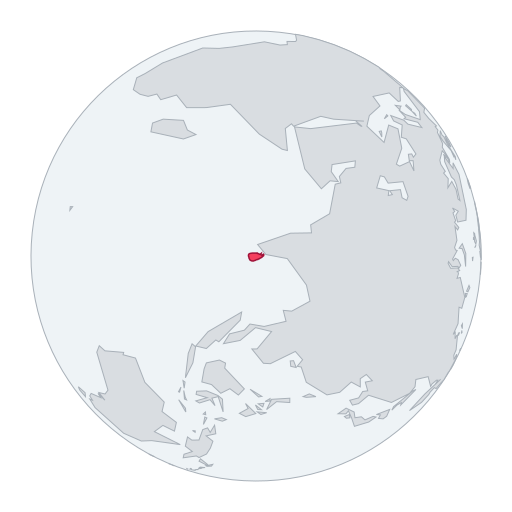 Sri Lanka highlighted on a globe, orthographic projection, rotated 96°
{"feature_id": "LKA", "entity_name": "Sri Lanka", "entity_type": "country or territory", "adm_level": 0, "iso_a3": "LKA", "parent_name": "Asia", "parent_adm1": "", "projection": "orthographic", "projection_center": [80.512, 7.881], "detail": "fine", "context": "on_globe", "style": "filled", "palette": "rose", "viewbox_px": 512, "rotation_deg": 96, "n_neighbors": 0, "source": "natural_earth", "source_scale": "50m", "svg_char_len": 9267}
<svg xmlns="http://www.w3.org/2000/svg" viewBox="0 0 512 512"><g transform="rotate(96 256 256)"><circle cx="256" cy="256" r="225" fill="#eef3f6" stroke="#a8b0b8"/><path d="M348.9,50.8L345.6,49.6L350.0,51.6L335.8,45.9L343.3,48.4L342.7,48.1L344.6,48.9L345.6,49.3L348.5,50.6L348.9,50.8ZM328.4,43.2L326.3,42.7L326.8,42.6L328.4,43.2ZM55.3,153.6L73.5,127.1L73.3,130.7L86.7,128.6L87.4,130.7L79.9,140.6L85.1,156.3L93.8,148.4L104.5,158.0L115.3,159.3L129.7,140.5L111.9,137.7L114.7,128.1L133.6,122.3L150.0,126.0L151.6,122.5L146.1,113.2L154.9,107.8L144.8,109.7L145.2,113.5L138.9,115.1L138.2,111.8L141.3,109.8L137.8,107.6L123.8,118.8L122.7,123.9L110.4,124.3L107.3,133.2L102.2,136.7L105.5,123.2L109.0,118.7L110.9,104.5L106.1,109.1L104.0,123.1L102.4,121.7L95.9,129.2L99.6,122.4L103.2,106.9L95.4,108.5L76.8,125.9L74.1,126.8L75.8,122.4L91.3,103.8L95.6,104.1L101.2,98.5L107.8,90.1L108.6,91.3L111.8,88.2L114.1,88.5L124.8,82.1L128.4,82.1L139.7,73.8L143.0,73.0L135.4,77.9L131.9,81.8L141.5,83.2L145.5,81.8L152.1,76.6L153.9,78.1L159.0,72.9L168.1,72.3L161.4,69.1L168.9,64.0L178.2,61.0L179.5,59.0L164.4,64.1L159.4,66.8L157.0,69.9L142.5,78.2L137.6,79.1L148.4,69.1L142.7,69.8L153.5,62.7L187.8,51.7L198.5,50.9L201.1,59.0L194.5,61.5L190.3,59.5L187.7,65.6L191.0,63.0L192.5,64.6L200.1,61.1L201.6,62.1L206.4,57.3L209.0,58.2L205.9,61.2L219.4,57.8L226.7,59.4L229.1,58.2L229.5,56.5L238.5,60.2L239.9,59.3L237.4,57.6L238.5,54.7L243.9,51.4L246.8,52.9L245.2,54.2L246.1,59.8L241.5,63.9L243.2,64.2L247.9,61.1L246.8,54.2L249.2,51.9L250.7,54.8L250.4,53.5L252.5,52.8L257.2,53.7L256.0,50.6L275.4,44.0L286.5,45.9L285.7,48.7L302.2,48.0L313.4,51.7L311.1,49.9L317.5,49.4L314.1,48.1L313.5,47.3L328.4,47.2L334.0,48.9L337.8,48.3L336.7,47.6L332.7,46.2L335.8,45.9L350.0,51.6L351.9,52.8L359.5,56.2L362.8,58.8L369.0,63.0L368.3,64.9L373.3,68.7L375.7,69.7L384.3,76.1L393.7,87.2L375.5,73.6L359.3,59.5L365.0,64.4L360.5,62.2L360.6,63.5L364.9,67.6L367.4,68.7L358.0,72.2L362.1,84.1L369.4,84.2L376.5,88.8L387.5,106.0L382.7,129.5L392.1,138.6L394.2,144.5L389.7,147.7L386.4,139.1L379.6,135.7L378.4,130.8L370.0,134.1L367.9,127.3L362.3,133.9L367.1,139.5L375.3,138.6L371.4,148.1L382.8,158.5L386.7,170.9L376.3,192.8L361.7,199.4L361.4,203.5L354.3,198.8L346.8,206.9L361.6,230.5L361.9,237.4L348.9,250.4L348.3,245.2L329.5,232.6L327.3,249.0L341.6,262.9L346.6,279.2L336.2,274.1L331.0,259.8L324.3,254.9L325.2,240.5L317.8,219.3L307.2,223.2L307.1,214.7L295.3,197.6L279.6,202.8L255.3,224.6L253.5,246.3L244.4,255.6L229.7,224.0L227.2,203.2L219.3,204.9L206.3,187.2L176.3,184.7L174.4,179.3L168.2,181.4L159.5,175.6L157.4,167.0L151.0,167.1L157.1,189.9L164.2,190.0L173.4,182.0L173.5,190.2L182.3,198.0L164.3,216.6L123.6,231.2L123.6,214.9L113.3,170.0L115.8,165.5L115.9,164.9L116.1,164.0L111.0,171.2L110.6,162.8L111.8,193.1L110.3,206.2L123.0,232.2L120.8,234.5L126.1,240.2L147.8,235.8L147.1,241.2L134.4,265.5L107.8,297.3L113.6,320.9L115.7,340.5L104.2,351.8L110.5,367.1L105.3,371.5L108.5,380.0L107.3,388.2L103.4,395.4L91.2,393.2L86.2,385.4L73.8,369.1L54.7,330.7L53.4,314.4L50.5,301.0L42.1,270.0L43.7,254.2L42.5,246.9L39.4,247.6L38.5,239.0L37.1,238.2L31.4,239.9L31.9,232.5L34.3,216.1L37.8,200.0L42.5,184.1L48.4,168.6L55.3,153.6ZM58.7,148.7L56.5,152.8L58.7,148.7ZM163.2,140.8L175.7,143.1L177.1,130.7L182.0,130.8L180.7,126.8L177.1,129.8L174.9,119.3L182.8,116.8L184.9,111.9L180.8,111.0L166.7,117.6L169.7,132.2L163.9,136.6L163.2,140.8ZM127.3,73.5L125.6,75.4L121.2,78.5L116.8,80.4L123.2,75.7L127.3,73.5ZM124.4,77.6L136.3,68.2L139.5,67.3L135.7,69.2L136.6,69.6L130.7,73.0L122.2,82.0L117.7,85.5L112.0,85.9L116.3,83.6L117.7,81.6L124.4,77.6ZM160.9,51.9L166.1,49.5L166.4,50.3L161.5,52.6L156.8,54.1L159.7,52.4L160.9,51.9ZM235.9,31.6L236.3,31.7L229.2,32.6L233.0,32.3L233.5,32.7L228.0,33.9L227.7,33.3L221.9,35.2L218.2,35.2L217.8,35.4L212.8,36.1L205.9,37.5L205.1,37.4L202.8,38.1L199.4,38.8L195.9,39.7L193.2,40.1L188.8,41.5L190.0,40.9L183.1,43.3L187.1,41.7L183.1,43.0L181.3,43.8L178.8,44.4L197.4,38.5L216.5,34.2L235.9,31.6ZM251.1,30.8L244.1,31.1L238.3,31.6L239.2,31.4L251.1,30.8ZM91.8,127.4L92.9,128.1L95.6,128.2L91.6,133.2L91.8,127.4ZM93.9,116.8L95.5,116.4L91.0,122.9L89.8,122.4L93.9,116.8ZM100.1,111.1L95.9,115.9L97.5,113.0L100.1,111.1ZM137.2,77.5L139.4,77.2L138.2,78.4L135.2,80.2L137.2,77.5ZM210.0,41.9L210.8,40.9L212.3,40.6L218.0,38.4L221.2,38.6L219.0,40.0L210.0,41.9ZM124.5,143.3L119.2,146.5L118.5,144.5L120.4,143.8L124.5,143.3ZM102.9,139.5L106.1,142.7L101.8,140.8L102.9,139.5ZM214.5,41.7L216.4,40.7L216.8,41.5L214.5,41.7ZM223.8,38.7L224.9,39.4L222.2,38.4L223.8,38.7ZM226.1,443.5L230.1,445.9L226.3,445.9L226.1,443.5ZM147.2,340.4L143.5,373.5L134.6,372.8L129.6,362.6L128.7,342.3L137.9,337.4L141.5,328.4L147.2,340.4ZM394.2,316.9L399.4,317.8L399.1,318.9L394.2,316.9ZM388.8,313.4L395.0,313.6L387.5,315.6L388.8,313.4ZM397.3,313.8L403.6,311.7L406.4,310.0L405.7,312.2L397.3,313.8ZM384.5,313.5L360.0,313.2L350.0,310.4L352.6,306.6L368.8,307.6L384.5,313.5ZM351.8,306.5L336.2,295.7L313.2,264.4L321.5,265.0L345.2,284.0L343.7,287.2L353.2,295.7L351.8,306.5ZM388.5,286.8L386.9,296.7L373.7,295.8L367.5,294.2L363.3,281.5L365.7,275.1L370.8,275.4L389.4,253.7L396.1,259.0L390.7,268.1L396.2,276.7L388.5,286.8ZM254.6,248.4L260.4,261.5L255.4,263.5L254.6,248.4ZM395.9,238.7L389.1,248.0L395.0,235.5L395.9,238.7ZM398.8,227.0L399.7,231.7L396.3,227.1L398.8,227.0ZM362.1,209.9L356.8,211.0L356.2,207.7L362.7,204.4L362.1,209.9ZM389.6,181.7L391.3,191.2L390.9,194.4L387.6,188.6L389.6,181.7ZM244.6,46.4L233.1,48.9L227.1,51.8L227.0,54.8L222.2,52.1L231.6,47.6L244.6,46.4ZM271.3,43.9L271.3,42.0L274.5,42.6L275.0,43.2L271.3,43.9ZM269.0,42.9L263.0,41.1L265.1,40.0L269.5,41.5L269.0,42.9ZM238.4,40.1L234.8,40.7L234.5,40.0L238.4,40.1ZM404.6,419.0L409.8,411.7L413.7,410.9L407.6,417.4L404.6,419.0ZM404.9,389.2L368.3,404.3L361.6,402.5L366.1,396.3L365.7,377.5L368.1,377.9L370.1,365.2L393.3,353.3L410.9,332.0L420.5,333.2L429.8,317.8L438.7,318.8L434.2,330.9L441.3,338.7L451.5,311.6L450.5,340.4L452.0,350.7L446.1,369.1L423.6,400.2L415.6,406.4L416.5,403.6L412.5,406.7L409.9,405.6L413.1,395.6L409.1,398.8L415.2,391.2L408.2,398.0L409.0,391.7L404.9,389.2ZM466.2,336.0L466.1,336.8L464.3,341.9L464.5,341.0L466.2,336.0ZM472.3,318.8L471.8,320.6L471.6,321.3L472.3,318.8ZM472.5,318.2L473.3,315.3L472.5,318.2L472.5,318.2ZM474.7,302.5L475.1,301.0L475.1,302.2L474.7,302.5ZM407.0,317.9L414.8,310.2L418.5,309.5L407.0,317.9ZM474.8,299.4L474.1,299.1L474.4,297.6L474.8,299.4ZM475.4,295.7L475.6,293.6L475.3,298.7L475.4,295.7ZM474.4,290.9L475.0,294.7L474.3,291.4L474.4,290.9ZM473.7,291.4L473.0,289.7L473.2,289.1L473.7,291.4ZM461.1,294.4L464.3,307.3L460.7,306.9L457.1,298.9L452.5,306.4L443.1,305.2L445.8,300.6L445.0,293.5L434.2,290.8L432.0,286.2L436.2,283.1L428.6,279.5L437.0,277.4L440.1,286.8L444.7,279.5L451.8,281.3L458.1,284.5L462.4,291.6L461.1,294.4ZM436.3,298.1L437.7,298.1L436.2,300.9L436.3,298.1ZM471.7,284.5L472.7,289.1L472.4,290.2L471.8,289.5L471.7,284.5ZM463.5,290.0L468.5,282.2L469.4,282.4L466.0,291.2L463.5,290.0ZM467.7,277.2L469.6,278.3L470.3,282.7L469.9,283.9L467.7,277.2ZM419.1,289.4L418.7,292.0L416.4,290.0L419.1,289.4ZM422.2,287.9L429.0,290.7L421.5,290.1L422.2,287.9ZM399.8,278.9L402.0,285.0L409.1,281.1L403.7,286.7L408.1,296.9L406.4,300.7L402.0,289.7L399.9,301.1L396.7,300.9L395.3,291.1L398.7,279.3L401.9,274.4L414.5,272.4L399.8,278.9ZM422.3,280.3L420.4,273.2L421.8,268.4L423.8,272.2L422.3,280.3ZM414.2,256.1L408.5,247.9L403.8,251.0L412.7,239.7L416.8,249.4L414.2,256.1ZM408.5,238.2L404.2,241.0L408.3,234.5L408.5,238.2ZM402.8,238.3L401.7,232.7L405.4,233.5L402.8,238.3ZM410.9,238.5L410.7,229.0L413.1,234.6L410.9,238.5ZM398.7,220.3L407.6,229.4L396.9,225.5L393.9,207.5L398.2,207.1L398.7,220.3ZM406.4,151.3L403.9,146.6L407.1,145.7L407.9,149.1L406.4,151.3ZM415.1,140.3L407.1,144.0L400.3,147.9L403.6,150.1L404.3,157.9L397.9,150.5L400.9,142.1L406.5,140.7L404.9,134.4L407.6,130.5L403.3,122.8L403.6,119.8L409.3,126.5L415.1,140.3ZM401.1,119.7L394.6,107.0L401.7,109.3L404.7,112.6L404.7,117.2L401.0,115.7L401.1,119.7ZM395.1,104.8L391.4,103.4L373.9,86.0L372.0,83.0L389.1,96.5L386.5,96.1L389.5,100.2L395.1,104.8ZM328.2,43.5L326.4,42.7L329.0,43.5L328.2,43.5ZM311.5,46.7L311.1,45.7L314.0,46.4L311.5,46.7ZM311.6,43.7L308.5,43.5L310.6,43.1L311.6,43.7ZM301.9,43.6L306.7,43.2L303.8,44.5L301.9,43.6Z" fill="#d9dde1" stroke="#a8b0b8" stroke-width="1"/><path d="M253.9,248.4L254.3,248.4L254.7,248.4L255.0,248.5L255.5,249.1L256.8,250.2L257.5,251.3L257.5,251.5L257.8,251.8L258.0,251.9L258.7,252.9L258.7,253.1L258.7,253.4L258.8,253.5L259.0,253.6L259.3,253.8L259.5,254.7L259.5,254.9L259.6,255.1L260.5,256.4L260.5,256.5L260.6,256.8L260.7,257.0L261.0,257.6L261.1,257.8L261.3,258.3L261.3,259.4L261.3,259.8L261.1,260.4L260.9,261.0L260.7,261.4L260.4,261.7L259.4,262.4L259.1,262.6L257.8,263.0L256.8,263.5L255.9,263.6L255.0,263.4L254.4,262.8L254.0,262.0L253.8,261.1L253.5,260.1L253.2,257.2L253.1,256.3L252.9,255.3L252.9,254.8L253.0,254.4L253.0,255.3L253.2,255.5L253.3,255.3L253.4,254.3L253.4,253.9L253.8,252.8L253.8,252.6L253.7,252.2L254.3,251.2L254.4,250.8L254.5,250.3L254.4,249.8L254.3,249.3L254.8,249.5L255.0,249.7L255.2,249.8L255.4,249.7L255.7,249.7L255.5,249.4L255.0,249.2L254.2,249.0L253.9,248.9L253.8,248.7L253.9,248.4ZM253.5,251.4L253.6,251.7L253.3,251.5L253.1,251.3L253.0,251.2L253.5,251.3L253.5,251.4ZM253.9,249.1L253.7,249.2L253.5,248.9L253.4,248.8L253.5,248.7L253.7,248.9L253.9,249.1Z" fill="#f43f5e" stroke="#9f1239" stroke-width="1.5"/></g></svg>